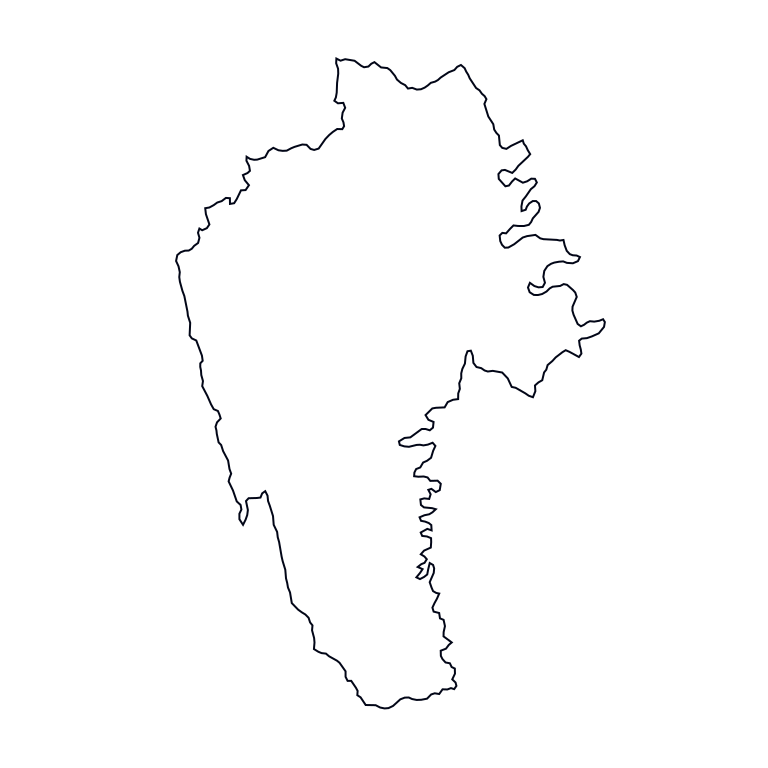 the district of Santana de Pirapama, Minas Gerais, Brazil, rotated 184°
{"feature_id": "56859067B86062210770309", "entity_name": "Santana de Pirapama", "entity_type": "district", "adm_level": 2, "iso_a3": "BRA", "parent_name": "Brazil", "parent_adm1": "Minas Gerais", "projection": "natural_earth1", "projection_center": [-43.935, -18.888], "detail": "fine", "context": "isolated", "style": "outline", "palette": "ink", "viewbox_px": 768, "rotation_deg": 184, "n_neighbors": 0, "source": "geoboundaries", "source_scale": "gbopen_adm2", "svg_char_len": 6135}
<svg xmlns="http://www.w3.org/2000/svg" viewBox="0 0 768 768"><g transform="rotate(184 384 384)"><path d="M536.9,601.1L536.8,597.1L533.8,592.2L532.6,587.3L534.9,584.9L539.3,582.6L537.1,577.6L532.6,572.9L535.6,567.8L540.2,567.2L543.8,558.2L546.1,553.9L550.2,552.9L550.7,558.6L554.7,558.6L558.7,555.1L563.0,553.4L566.3,550.6L570.5,547.9L574.6,546.9L573.5,541.0L569.3,531.0L571.6,527.1L576.1,524.7L579.0,526.2L580.1,521.9L578.3,517.0L579.3,511.7L583.0,508.6L585.2,505.5L588.1,503.5L591.9,503.1L596.0,501.3L599.2,498.2L600.0,492.2L597.2,487.1L595.5,481.3L595.7,476.4L594.7,471.7L591.6,462.9L589.3,457.8L585.1,442.5L584.4,438.5L581.6,431.5L581.3,419.0L578.9,416.1L574.3,414.3L567.6,399.6L566.5,394.5L568.7,391.8L568.5,388.2L567.5,384.7L566.9,380.2L564.8,374.3L565.2,369.2L559.4,359.8L555.1,351.6L552.1,347.0L547.8,345.5L546.0,342.0L544.5,338.2L547.9,334.1L549.1,329.6L547.9,325.9L547.3,322.5L544.9,314.2L542.2,311.8L539.8,305.8L534.2,296.8L532.2,288.4L530.2,283.9L531.5,279.8L532.2,276.0L527.2,267.2L522.7,256.6L518.6,253.3L517.5,248.8L519.2,244.5L518.8,239.0L514.8,233.7L512.6,239.0L511.3,243.7L511.0,248.8L513.5,257.6L511.1,260.6L502.9,261.4L499.3,262.1L497.9,266.4L495.0,268.8L492.4,264.5L491.5,259.2L489.4,254.5L485.5,244.5L484.2,235.8L480.3,229.0L479.3,223.7L477.6,219.0L474.1,204.7L472.8,200.4L469.5,191.8L468.2,183.3L466.7,178.8L465.6,174.3L463.2,169.5L460.7,159.0L453.9,152.9L449.9,150.4L446.4,148.6L442.9,145.5L441.1,141.0L438.5,138.2L438.6,133.3L436.0,125.7L435.3,121.3L435.4,114.7L430.8,112.3L427.5,111.2L423.1,111.0L419.9,108.6L411.6,104.7L408.9,102.8L402.3,94.7L401.9,89.2L399.6,85.3L396.0,85.6L390.8,79.0L388.9,76.0L388.9,71.7L385.5,69.8L379.9,62.5L369.9,63.0L365.3,61.0L360.8,60.4L356.9,61.0L352.5,63.5L345.7,70.6L341.4,72.6L337.4,73.0L334.0,71.7L329.4,71.1L324.8,71.6L319.1,73.1L315.3,77.6L311.8,79.0L307.3,78.6L304.3,83.5L299.5,83.7L296.0,85.3L292.7,84.5L290.7,87.9L291.8,91.2L295.3,94.1L293.0,100.0L293.5,105.1L296.8,106.4L298.8,110.0L303.2,110.5L306.5,113.7L308.3,116.7L308.8,121.9L303.7,124.3L301.2,128.2L298.4,130.9L307.0,136.4L307.2,140.7L306.3,146.7L308.1,152.9L311.8,154.1L313.0,159.4L318.6,160.4L320.1,164.3L318.3,169.0L316.2,173.5L314.3,178.8L317.3,179.2L320.6,180.8L322.4,184.3L324.6,189.5L321.2,199.0L321.1,203.5L322.4,206.9L325.9,208.6L327.0,202.1L327.6,197.0L330.6,194.3L334.5,191.9L338.2,193.4L334.9,198.0L332.6,202.0L337.6,203.8L334.2,206.9L331.1,208.4L329.1,212.2L331.7,214.8L335.4,216.7L332.4,220.6L325.9,224.1L325.9,229.6L326.3,233.5L330.5,234.9L335.3,235.1L337.0,238.4L330.7,242.5L326.3,241.3L327.0,246.6L329.6,248.4L333.4,249.6L337.5,250.1L339.2,253.5L334.5,255.9L329.8,257.2L326.7,259.4L323.6,262.7L327.4,263.5L335.5,263.7L338.7,265.9L339.7,271.4L335.9,272.7L330.9,272.5L329.8,277.3L332.4,281.5L329.4,282.7L324.8,279.8L321.0,282.0L320.4,288.4L323.8,291.3L331.1,290.6L334.0,293.8L337.9,294.5L343.2,293.9L347.5,294.1L347.5,297.8L346.0,301.4L342.0,303.3L339.5,308.4L335.7,310.4L331.9,313.7L330.3,320.8L328.4,325.8L331.4,328.8L336.0,326.6L340.4,325.5L343.9,325.9L347.2,325.5L354.7,323.1L359.4,323.2L364.0,324.3L365.1,327.8L359.8,331.6L354.0,332.6L343.3,341.7L339.3,342.0L335.1,341.0L332.1,343.9L331.9,349.6L337.2,351.4L340.4,355.9L334.1,363.0L330.5,363.9L321.9,364.9L319.2,370.4L314.0,373.1L309.0,374.1L309.3,379.8L308.0,384.4L309.0,390.0L307.3,395.1L307.7,400.0L306.9,404.5L304.7,410.0L304.5,417.2L303.0,422.5L299.7,423.3L297.4,418.4L296.3,411.3L292.9,407.4L288.1,406.6L284.6,404.5L281.3,403.7L276.4,404.7L266.9,403.7L260.9,398.2L256.4,390.0L252.4,389.4L242.3,384.5L238.8,382.4L234.5,381.2L232.5,387.4L233.3,393.1L230.0,396.4L226.4,398.8L225.1,406.7L223.1,409.6L222.1,414.3L217.7,418.6L214.6,422.5L208.2,428.2L205.1,430.4L201.2,429.0L191.4,424.5L189.2,428.1L190.1,432.2L191.5,436.2L192.4,440.8L189.9,443.1L184.8,443.9L179.9,446.0L173.3,449.5L168.5,456.3L168.0,461.2L170.0,463.9L173.6,462.1L178.6,460.9L183.0,461.0L185.9,459.4L188.6,457.0L191.6,455.3L195.0,457.4L199.7,466.3L201.2,470.4L201.3,474.3L197.8,484.3L199.6,488.6L202.0,490.9L208.3,495.7L211.7,496.2L215.1,494.1L222.6,492.8L225.4,490.9L228.3,487.6L232.5,484.8L236.6,483.5L240.7,483.3L245.1,485.7L247.1,490.3L245.5,495.1L240.8,492.2L236.6,491.2L232.5,491.8L230.5,496.2L232.5,502.0L232.0,508.0L229.2,513.0L225.7,515.6L222.6,517.0L217.9,518.2L213.8,518.8L210.0,517.6L204.0,517.6L199.1,520.1L197.4,524.3L200.8,525.6L204.7,525.6L207.7,526.5L211.0,529.6L213.5,535.1L215.0,540.2L218.5,539.4L221.6,539.8L235.0,539.6L238.3,540.2L243.3,543.3L251.6,541.5L255.8,539.8L263.9,532.5L269.5,528.8L273.0,528.4L276.0,531.1L278.0,534.7L279.0,540.2L276.5,543.0L272.7,542.8L269.2,547.4L265.9,551.2L261.3,551.0L255.3,551.4L250.6,552.9L248.5,555.9L247.1,559.6L241.8,566.5L240.7,570.6L242.1,574.9L245.0,577.1L248.3,576.9L251.8,574.2L253.8,571.0L254.8,567.7L258.8,566.1L259.3,570.8L258.6,576.7L255.6,581.0L251.1,588.6L247.7,591.8L245.6,595.7L247.7,599.2L251.4,599.1L255.3,596.2L259.5,594.5L267.5,598.2L270.4,594.9L273.2,590.7L276.7,589.7L283.8,596.6L284.5,601.4L281.6,605.3L278.3,606.0L270.8,603.5L267.6,607.1L265.2,611.0L256.3,620.6L254.2,623.5L256.9,627.3L258.9,631.0L261.3,633.5L262.6,636.8L273.9,630.4L278.3,627.1L282.5,627.8L285.1,630.4L286.7,639.9L289.4,642.3L291.8,645.5L293.1,650.8L298.6,658.1L303.4,670.4L301.7,675.3L303.7,678.2L306.6,680.4L309.2,683.6L312.8,685.7L319.8,694.9L321.6,698.4L323.8,701.4L325.6,704.7L329.5,707.6L333.1,705.5L335.7,702.1L341.2,699.5L348.8,693.7L351.4,691.0L354.1,689.2L358.3,687.7L361.1,684.9L364.1,682.5L367.7,680.6L371.8,680.0L376.5,681.4L380.7,680.4L383.7,683.6L388.1,685.5L392.3,688.6L394.6,692.2L399.6,697.5L402.7,699.4L409.0,699.6L416.0,704.4L419.0,702.6L421.7,699.6L426.0,698.6L428.9,699.8L435.9,704.4L445.4,705.3L449.9,703.5L454.2,705.3L454.1,700.6L451.8,695.3L451.3,690.4L451.8,681.1L451.5,671.3L452.0,666.5L453.3,663.1L449.5,660.8L444.2,661.6L442.0,656.8L444.2,651.8L444.6,645.9L442.7,642.2L441.8,638.4L443.4,635.3L448.5,635.1L452.6,631.9L456.0,628.6L459.5,624.4L465.6,614.3L470.0,612.6L473.7,613.4L477.9,617.2L482.2,617.2L489.8,614.3L493.0,612.7L497.3,610.0L501.3,609.5L505.6,609.8L510.9,611.9L515.5,608.4L518.4,602.0L526.1,599.0L529.2,598.6L533.3,599.2L536.9,601.1Z" fill="none" stroke="#020617" stroke-width="2"/></g></svg>